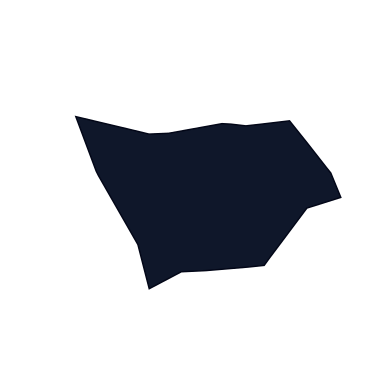 Frei Paulo, Sergipe, Brazil, rotated 295°
{"feature_id": "56859067B9172708729961", "entity_name": "Frei Paulo", "entity_type": "district", "adm_level": 2, "iso_a3": "BRA", "parent_name": "Brazil", "parent_adm1": "Sergipe", "projection": "natural_earth1", "projection_center": [-37.581, -10.508], "detail": "fine", "context": "isolated", "style": "filled", "palette": "ink", "viewbox_px": 384, "rotation_deg": 295, "n_neighbors": 0, "source": "geoboundaries", "source_scale": "gbopen_adm2", "svg_char_len": 479}
<svg xmlns="http://www.w3.org/2000/svg" viewBox="0 0 384 384"><g transform="rotate(295 192 192)"><path d="M86.3,194.1L115.2,216.0L126.7,237.9L148.2,275.4L156.0,288.4L164.9,290.1L180.1,293.3L226.0,302.9L250.0,329.1L267.9,309.7L270.7,304.0L276.5,292.6L284.9,276.1L297.7,250.3L282.3,225.4L274.7,212.9L269.9,198.5L266.6,190.3L235.3,146.0L226.3,128.6L222.0,107.3L211.2,54.9L170.5,96.3L167.4,100.2L121.5,165.2L86.3,194.1Z" fill="#0f172a" stroke="#020617" stroke-width="1.5"/></g></svg>